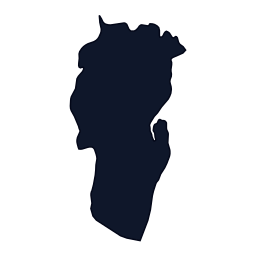 map outline of Khenchela (Equal Earth projection)
{"feature_id": "DZA-2219", "entity_name": "Khenchela", "entity_type": "Province", "adm_level": 1, "iso_a3": "DZA", "parent_name": "Algeria", "parent_adm1": "", "projection": "equal_earth", "projection_center": [7.088, 34.922], "detail": "fine", "context": "isolated", "style": "filled", "palette": "ink", "viewbox_px": 256, "rotation_deg": 0, "n_neighbors": 0, "source": "natural_earth", "source_scale": "10m", "svg_char_len": 2667}
<svg xmlns="http://www.w3.org/2000/svg" viewBox="0 0 256 256"><path d="M80.4,67.8L79.1,67.0L78.7,65.5L78.8,63.2L79.3,58.4L79.1,53.9L79.7,51.7L81.7,48.6L83.6,46.6L85.8,45.0L88.0,43.8L94.0,41.7L96.3,40.3L97.9,38.7L99.0,37.0L100.7,33.2L101.2,31.3L101.3,29.0L99.9,22.5L99.3,15.4L101.4,18.8L102.8,21.8L103.9,23.1L105.5,24.2L108.4,24.9L110.7,25.0L124.2,23.0L125.3,23.3L126.7,24.3L128.9,29.3L130.7,31.1L134.2,31.1L136.3,29.9L138.1,28.0L139.4,26.1L140.7,25.1L141.7,24.9L147.9,25.9L148.7,25.7L149.1,25.2L149.3,24.8L149.4,24.4L149.8,23.9L150.2,23.8L152.7,24.0L154.7,24.6L157.0,25.9L158.7,27.6L159.4,30.5L159.4,35.7L160.0,37.2L161.9,37.0L163.1,35.7L164.1,33.5L165.1,32.1L166.3,31.3L167.8,31.9L169.4,33.1L172.2,37.5L173.5,38.0L174.4,37.5L175.5,36.6L176.4,36.7L177.3,37.8L178.4,41.9L178.9,43.0L179.8,44.3L183.1,46.7L185.6,50.1L182.9,53.0L172.4,57.6L170.9,59.1L171.0,60.8L171.6,62.4L171.6,64.6L170.9,69.6L171.0,71.8L171.4,74.0L171.2,76.5L170.1,79.4L169.8,81.7L170.3,84.0L171.0,86.5L171.3,89.2L170.8,93.2L169.7,96.1L168.2,99.0L161.5,106.9L157.5,112.8L154.2,116.4L150.5,122.4L149.7,124.2L149.5,125.4L149.6,126.2L149.8,126.8L149.9,127.6L150.0,128.4L150.0,130.1L150.1,130.9L150.3,131.6L150.9,132.8L151.5,134.2L151.7,134.9L151.9,136.4L152.4,137.8L153.5,140.4L153.9,140.9L154.6,141.0L155.4,140.4L155.8,139.8L155.7,139.0L155.3,137.7L155.1,137.0L154.9,134.5L154.8,133.8L154.7,133.0L154.4,132.4L154.0,131.8L153.6,131.2L153.3,130.7L153.3,129.7L153.7,126.9L154.0,125.9L154.4,125.0L154.9,124.4L155.5,124.1L156.1,123.9L156.9,123.5L157.5,122.7L158.2,121.0L158.7,120.1L159.3,119.6L159.9,119.5L161.6,120.4L162.3,120.6L163.8,120.6L164.6,120.9L165.2,121.2L165.7,121.8L166.1,122.3L166.4,123.0L166.4,123.8L166.4,127.2L166.4,128.1L166.5,128.9L166.6,129.6L166.9,130.3L167.5,131.6L167.8,132.2L168.1,133.1L168.2,134.3L167.8,142.2L167.8,143.0L168.0,143.8L169.6,149.4L169.8,150.4L169.9,151.7L169.9,153.8L169.6,155.5L169.3,156.7L166.8,163.3L164.7,167.7L160.6,174.1L158.5,179.7L158.0,180.4L156.6,182.1L156.2,182.7L155.6,184.2L153.4,191.1L152.3,195.8L150.4,209.7L147.8,220.4L140.1,240.6L126.8,238.0L120.5,235.7L96.4,220.1L93.0,216.0L90.9,208.6L92.0,203.3L91.0,195.5L91.0,193.8L91.4,191.9L92.0,190.7L93.6,184.5L95.3,175.1L95.8,169.8L96.0,164.9L97.0,158.8L96.8,156.7L96.2,154.2L94.6,149.4L93.7,148.1L93.0,147.5L92.2,147.1L91.2,146.9L89.7,146.9L87.9,147.2L82.3,148.9L80.9,149.1L78.9,149.0L78.3,147.4L77.4,144.0L77.0,142.0L77.0,140.0L77.5,137.5L79.8,132.2L80.2,130.9L79.2,128.5L78.6,126.2L74.5,116.4L71.3,110.6L70.6,108.5L70.4,106.0L70.7,100.3L70.9,98.5L71.4,96.7L75.6,88.7L77.0,78.8L78.4,76.3L82.6,71.5L83.6,69.4L83.6,67.8L83.0,67.2L81.9,67.3L80.4,67.8Z" fill="#0f172a" stroke="#020617" stroke-width="1.5"/></svg>